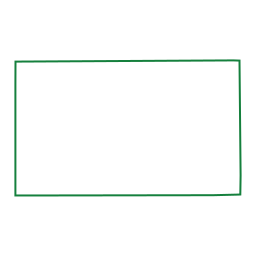 Banner, Nebraska, United States of America
{"feature_id": "52423323B1452936307731", "entity_name": "Banner", "entity_type": "district", "adm_level": 2, "iso_a3": "USA", "parent_name": "United States of America", "parent_adm1": "Nebraska", "projection": "orthographic", "projection_center": [-103.858, 41.546], "detail": "fine", "context": "isolated", "style": "outline", "palette": "green", "viewbox_px": 256, "rotation_deg": 0, "n_neighbors": 0, "source": "geoboundaries", "source_scale": "gbopen_adm2", "svg_char_len": 379}
<svg xmlns="http://www.w3.org/2000/svg" viewBox="0 0 256 256"><path d="M239.5,60.6L233.4,60.4L15.5,61.6L15.4,84.8L15.4,87.9L15.4,94.6L15.4,98.6L15.4,108.0L15.4,120.4L15.4,125.4L15.4,125.5L15.4,130.5L15.4,131.4L15.4,138.8L15.4,141.7L15.4,184.7L15.4,189.2L15.4,195.5L213.1,195.2L237.9,194.6L240.3,194.5L240.6,175.6L239.5,60.6Z" fill="none" stroke="#15803d" stroke-width="2"/></svg>